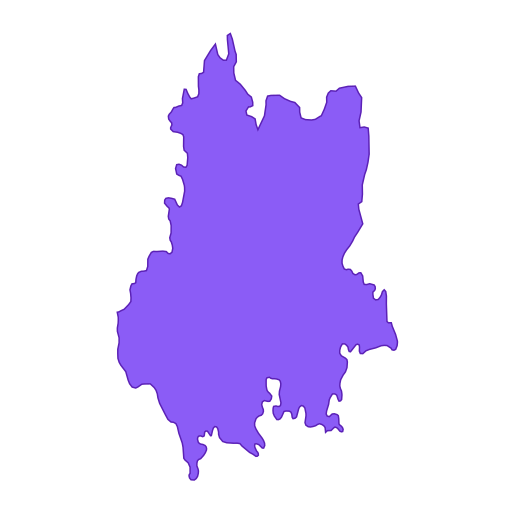 outline of Puchavičy, Minsk, Belarus, rotated 269°
{"feature_id": "67162791B58974730621112", "entity_name": "Puchavičy", "entity_type": "district", "adm_level": 2, "iso_a3": "BLR", "parent_name": "Belarus", "parent_adm1": "Minsk", "projection": "equal_earth", "projection_center": [27.908, 53.474], "detail": "fine", "context": "isolated", "style": "filled", "palette": "violet", "viewbox_px": 512, "rotation_deg": 269, "n_neighbors": 0, "source": "geoboundaries", "source_scale": "gbopen_adm2", "svg_char_len": 6027}
<svg xmlns="http://www.w3.org/2000/svg" viewBox="0 0 512 512"><g transform="rotate(269 256 256)"><path d="M468.6,219.1L462.4,214.3L452.3,207.9L440.6,206.8L439.5,204.9L439.2,202.5L436.3,201.5L426.7,201.4L422.9,201.8L419.3,201.7L416.2,200.4L415.0,196.9L414.3,194.0L415.9,192.6L419.8,190.6L423.8,189.0L424.0,187.2L414.7,185.2L410.4,185.4L407.8,184.3L407.3,181.5L406.0,178.3L405.9,176.6L404.2,175.4L401.4,173.8L399.2,171.7L397.4,170.8L394.4,171.1L391.6,173.0L391.0,173.9L388.6,174.2L385.8,172.9L384.4,172.9L381.8,175.4L381.1,179.7L380.0,182.8L378.7,185.0L376.4,185.8L366.9,185.5L363.0,186.0L359.9,189.2L355.5,189.5L347.8,188.7L345.9,187.4L346.3,185.1L348.1,183.1L349.1,180.6L348.7,178.3L344.8,177.1L339.3,178.2L338.0,180.3L337.1,182.4L333.9,183.9L327.7,185.6L325.7,185.8L322.1,185.8L310.9,183.5L307.5,182.3L306.3,180.3L308.3,178.3L314.2,175.7L315.1,172.7L315.7,169.5L315.2,166.9L313.5,165.7L310.4,165.5L307.0,168.2L305.7,169.7L304.4,170.2L297.2,169.0L294.5,169.4L292.6,170.8L287.9,171.7L280.5,171.5L275.8,170.1L273.2,170.5L271.7,171.5L268.3,172.5L265.1,172.9L261.3,172.1L259.7,170.1L260.1,168.1L262.0,166.4L262.5,162.9L262.2,156.9L262.4,153.5L261.4,151.4L257.6,149.1L254.7,147.8L247.4,147.6L243.3,146.2L242.8,143.5L242.7,141.0L241.6,138.4L240.4,137.4L238.3,136.4L234.8,135.6L231.4,135.3L230.6,133.9L230.3,131.5L228.3,130.4L224.4,129.4L220.7,130.0L216.4,130.3L212.7,130.1L209.6,127.8L205.0,123.2L203.8,120.4L202.5,117.9L202.2,116.3L197.2,117.2L194.4,117.2L191.2,117.0L186.4,116.1L183.1,116.1L176.6,117.7L171.6,117.6L165.2,116.2L160.9,116.1L156.0,116.2L152.0,117.4L149.1,119.0L142.6,123.8L134.2,126.0L130.5,127.4L127.1,129.9L126.1,133.4L127.1,135.6L129.8,139.6L130.0,142.1L130.0,148.1L126.2,152.0L123.5,153.7L120.0,154.9L115.8,155.5L110.3,157.1L98.8,162.7L94.2,165.1L91.5,168.1L91.2,170.6L89.8,173.0L86.8,174.4L80.1,175.8L70.3,179.0L66.1,179.7L55.0,180.3L53.3,181.4L50.4,184.6L46.0,186.4L39.7,186.3L38.8,185.5L37.4,185.2L35.2,185.7L33.4,187.1L33.1,190.4L34.5,192.3L36.6,193.7L39.6,194.5L42.1,194.7L44.1,194.3L47.2,193.2L50.0,193.3L52.3,193.9L53.6,195.2L54.3,197.1L57.5,200.1L60.2,201.9L62.9,203.1L64.5,203.2L66.1,202.8L67.4,201.8L68.5,199.6L68.9,197.4L69.7,196.0L70.9,195.0L74.0,194.3L75.6,194.6L76.7,195.3L77.0,196.2L77.1,197.6L76.3,199.4L76.7,200.7L77.7,201.2L80.8,201.6L81.8,202.7L81.8,204.1L81.4,204.6L77.1,207.4L77.2,208.2L82.4,209.5L84.8,210.4L86.2,211.8L85.8,213.6L84.2,214.7L80.7,215.5L78.3,215.5L75.0,216.4L71.1,219.5L69.8,223.4L69.2,230.4L69.2,233.9L68.7,236.7L66.3,238.6L59.7,246.2L58.0,249.3L55.7,252.4L55.8,253.8L56.8,254.9L58.5,254.8L59.7,254.3L60.9,253.2L64.8,251.5L66.2,251.3L68.0,251.6L68.3,252.9L67.4,255.5L63.9,258.9L63.8,260.3L66.3,261.4L68.7,261.3L71.4,260.3L73.7,259.0L78.8,255.3L83.1,252.9L86.2,251.7L89.2,251.7L93.4,253.2L94.8,254.5L96.0,256.2L96.7,258.5L98.1,259.9L100.5,260.7L102.5,260.6L104.2,259.9L107.3,259.1L110.0,259.8L111.3,261.8L110.4,265.4L110.5,267.2L112.9,268.8L115.7,269.3L118.7,267.1L119.3,266.2L121.2,264.8L122.7,264.4L125.8,263.9L129.0,263.9L132.5,264.0L134.1,264.9L134.5,267.4L133.6,268.5L133.0,270.2L133.0,272.2L132.7,274.4L131.8,277.0L130.3,278.1L127.7,278.6L124.9,278.3L120.5,277.1L117.1,276.8L108.7,278.4L106.2,277.9L105.2,276.8L105.2,274.9L105.7,273.4L105.3,271.0L103.6,270.5L101.2,270.3L98.4,270.5L95.6,271.6L92.1,274.0L92.0,275.6L92.7,277.2L94.5,278.7L100.1,281.3L100.5,283.3L100.3,286.6L99.3,288.2L97.3,289.0L94.0,289.4L92.7,290.2L93.1,292.2L94.4,293.7L102.8,296.1L104.5,297.1L105.7,298.8L105.1,300.7L103.2,302.2L97.7,303.2L95.3,303.2L88.5,302.1L86.0,302.9L84.4,305.2L84.1,307.4L84.5,310.0L85.3,312.7L86.5,314.6L87.2,316.5L86.4,318.9L85.1,320.8L83.3,322.1L78.5,322.5L80.1,324.3L80.2,328.0L82.7,330.6L83.6,332.0L83.0,333.6L82.1,334.7L79.3,336.9L78.7,338.4L79.0,339.6L81.2,340.1L83.1,339.4L84.7,338.0L85.5,336.9L86.7,336.0L91.8,335.9L94.9,335.5L96.0,334.3L96.9,331.6L96.7,329.4L94.1,326.5L94.7,324.4L96.8,323.4L99.9,323.9L106.4,326.0L110.8,326.7L113.1,327.7L116.7,330.0L116.8,331.9L116.4,333.1L115.4,334.3L111.2,335.6L109.4,336.5L109.7,338.0L111.0,339.1L115.5,339.5L117.2,339.4L119.5,339.1L121.9,338.1L124.6,337.5L127.2,337.7L130.8,338.5L135.4,341.0L138.6,343.4L142.8,345.0L148.4,345.5L150.8,345.1L152.3,343.6L154.7,339.6L157.3,338.0L160.4,338.1L163.6,339.0L166.6,340.8L166.6,343.2L165.2,345.0L163.3,346.4L160.8,346.8L158.9,347.5L158.6,348.8L165.6,354.5L166.1,356.0L165.2,357.7L162.9,357.9L159.1,357.7L156.7,358.6L156.5,361.1L159.3,364.3L160.6,367.7L162.1,374.1L164.1,379.6L164.4,382.6L164.2,385.5L161.5,389.4L159.8,390.4L159.4,392.3L160.2,394.0L163.8,395.5L166.9,395.9L168.4,395.9L175.1,394.2L183.3,391.0L186.9,390.1L186.9,387.2L188.2,385.8L205.8,385.5L213.7,385.7L218.2,385.1L220.0,383.6L218.2,381.8L214.8,380.7L212.6,379.4L210.4,377.5L210.0,374.9L211.7,372.7L215.6,372.2L217.8,372.2L219.5,374.0L221.1,374.7L223.3,374.6L225.0,373.6L226.3,369.2L225.5,366.2L225.7,363.7L228.1,362.8L234.2,362.3L237.4,360.5L237.4,358.8L235.7,356.3L235.5,354.7L236.8,352.6L239.2,351.5L240.9,350.1L241.2,347.8L240.7,346.3L241.4,344.1L244.4,342.7L247.3,341.9L250.5,342.0L253.6,342.8L257.3,344.5L260.6,346.7L264.5,349.9L269.3,352.9L273.2,354.8L278.0,358.1L286.3,363.3L301.0,359.6L306.2,359.2L308.5,362.7L316.0,363.5L325.2,363.5L335.7,366.1L340.3,367.8L347.8,369.6L355.9,370.9L373.8,370.9L381.9,370.4L383.1,366.5L382.5,362.2L389.4,361.4L398.1,363.5L412.5,364.4L417.2,361.4L424.1,358.3L424.0,351.0L422.3,342.3L419.4,338.9L419.9,333.7L417.6,331.1L413.6,329.4L408.4,329.4L401.4,326.8L395.1,323.8L394.5,322.5L391.6,317.7L391.0,313.9L391.5,307.8L393.3,303.5L399.0,302.2L403.7,302.2L408.8,297.5L410.0,293.2L412.8,287.2L416.3,282.4L416.3,273.8L415.7,270.4L411.0,268.7L407.0,268.7L396.0,266.9L382.2,260.1L387.4,258.4L393.1,257.5L395.4,254.1L397.1,249.3L401.2,248.5L405.2,251.1L405.2,252.8L406.4,255.4L409.8,255.4L415.0,254.1L417.9,250.6L421.9,248.1L428.0,243.3L432.0,238.6L439.4,237.0L445.7,237.0L450.5,239.7L457.9,239.7L461.2,238.6L473.3,236.1L478.9,234.2L477.0,231.2L473.0,231.2L458.6,232.3L452.3,229.8L452.3,226.8L454.8,223.5L458.1,221.3L468.6,219.1Z" fill="#8b5cf6" stroke="#5b21b6" stroke-width="1.5"/></g></svg>